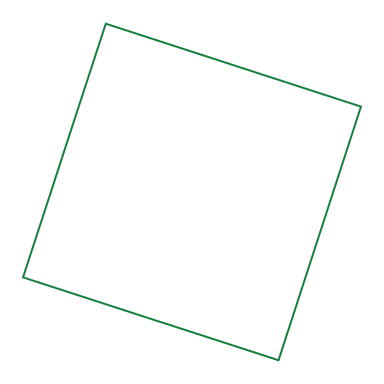 the district of Belyuen, Northern Territory, Australia, rotated 108°
{"feature_id": "25037944B37494903355321", "entity_name": "Belyuen", "entity_type": "district", "adm_level": 2, "iso_a3": "AUS", "parent_name": "Australia", "parent_adm1": "Northern Territory", "projection": "albers", "projection_center": [130.693, -12.538], "detail": "fine", "context": "isolated", "style": "outline", "palette": "green", "viewbox_px": 384, "rotation_deg": 108, "n_neighbors": 0, "source": "geoboundaries", "source_scale": "gbopen_adm2", "svg_char_len": 362}
<svg xmlns="http://www.w3.org/2000/svg" viewBox="0 0 384 384"><g transform="rotate(108 192 192)"><path d="M239.7,326.2L307.1,326.3L325.4,326.3L325.4,302.5L325.4,182.3L325.3,174.6L325.3,171.3L325.3,161.0L325.3,123.5L325.3,57.7L194.2,57.7L58.6,57.7L58.6,83.5L58.6,194.1L58.6,326.0L194.1,326.2L239.7,326.2Z" fill="none" stroke="#15803d" stroke-width="2"/></g></svg>